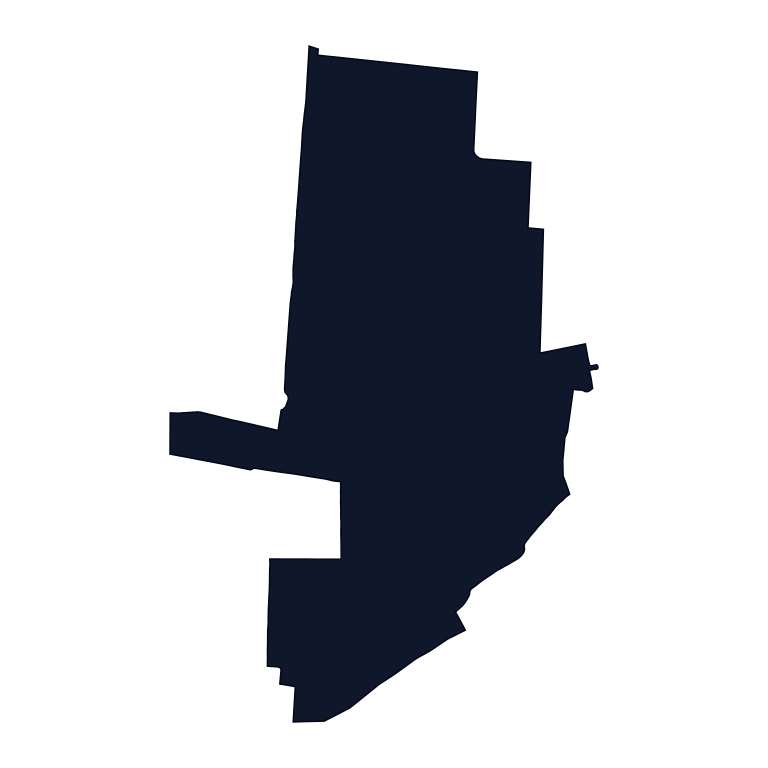 Orlea, Romania (Mercator projection)
{"feature_id": "2599482B39990554415713", "entity_name": "Orlea", "entity_type": "district", "adm_level": 2, "iso_a3": "ROU", "parent_name": "Romania", "parent_adm1": "", "projection": "mercator", "projection_center": [24.363, 43.754], "detail": "fine", "context": "isolated", "style": "filled", "palette": "ink", "viewbox_px": 768, "rotation_deg": 0, "n_neighbors": 0, "source": "geoboundaries", "source_scale": "gbopen_adm2", "svg_char_len": 4146}
<svg xmlns="http://www.w3.org/2000/svg" viewBox="0 0 768 768"><path d="M477.4,72.1L472.5,71.6L437.0,67.9L427.9,66.9L419.5,66.0L409.4,64.9L317.8,55.2L317.9,53.3L318.3,49.1L311.1,46.8L309.1,46.1L309.1,46.9L309.0,48.8L307.9,67.7L307.1,80.6L306.1,98.2L305.7,103.9L305.5,104.9L305.3,106.9L304.8,110.6L304.2,115.6L303.9,118.7L303.7,121.3L303.2,124.5L302.6,130.3L302.3,135.1L302.0,140.2L301.9,142.3L301.7,144.6L301.7,146.4L301.7,147.1L301.5,148.6L301.4,151.0L301.1,153.9L301.0,155.8L300.8,157.0L300.8,158.5L300.7,159.5L300.5,162.1L300.2,166.2L300.1,167.6L299.8,172.6L299.5,176.3L299.3,178.5L299.2,181.1L298.9,185.0L298.6,189.5L298.4,191.4L298.2,194.4L298.1,196.1L297.8,199.3L297.6,202.8L297.3,206.0L297.0,208.9L296.8,210.8L296.8,213.1L296.7,215.3L296.5,216.8L296.4,219.0L296.1,221.4L295.9,224.5L295.8,227.1L295.6,229.6L295.5,232.0L295.3,235.4L295.2,237.0L295.2,238.5L295.1,239.2L295.0,240.1L294.8,241.5L294.9,242.0L295.0,242.7L295.0,243.9L294.9,246.1L294.9,247.7L294.8,249.1L294.7,250.3L294.5,251.1L294.4,252.4L294.2,254.4L294.1,256.1L294.0,258.2L293.9,259.7L293.7,261.8L293.5,263.7L293.4,264.8L293.3,266.5L293.1,269.3L293.1,271.9L293.1,274.1L293.1,277.0L293.3,279.8L293.3,282.6L293.1,283.9L292.9,285.0L292.7,286.2L292.6,287.5L291.5,292.3L291.5,294.2L290.3,303.0L286.4,356.5L285.6,365.7L285.4,372.8L285.0,382.0L284.8,385.3L284.6,388.2L284.6,390.2L285.2,392.6L287.4,394.8L288.2,397.0L288.3,399.4L286.3,405.0L285.5,407.2L284.1,408.1L283.0,409.5L281.9,409.7L281.3,409.9L280.9,411.7L278.1,430.5L254.7,425.0L241.7,422.0L231.3,419.8L201.1,412.3L198.0,411.9L182.2,412.9L178.8,413.2L170.2,412.9L170.0,454.1L208.8,461.4L214.1,462.4L229.4,465.4L234.7,466.6L239.1,467.5L245.7,468.8L250.5,469.8L254.1,468.1L258.7,468.8L266.6,470.1L277.3,471.7L290.8,473.5L298.3,474.6L310.2,476.6L326.0,479.1L333.2,480.9L338.1,481.4L340.6,481.6L340.7,486.9L340.6,491.9L340.7,494.3L340.7,499.0L340.6,503.6L340.8,508.7L340.8,513.1L340.8,517.0L341.0,522.0L341.0,526.4L340.9,530.3L340.9,534.8L341.0,537.9L341.1,542.3L341.1,547.6L341.1,551.3L341.2,553.3L341.1,554.7L341.2,557.9L340.7,559.2L317.7,559.2L307.7,559.1L286.7,559.1L272.7,559.0L269.8,559.0L270.0,564.1L269.7,569.6L269.6,573.7L269.6,579.3L269.3,591.2L269.0,595.4L268.9,599.3L268.6,604.8L268.4,609.2L268.3,613.1L268.2,618.7L268.2,623.0L268.0,627.0L267.7,629.5L267.7,633.5L267.6,639.0L267.6,644.9L267.4,651.1L267.5,656.5L267.4,666.2L276.9,666.8L278.7,667.2L280.0,667.8L280.9,669.0L281.0,670.7L279.8,684.0L295.3,686.6L293.2,721.9L296.2,721.9L297.1,721.8L324.3,721.1L350.0,707.8L379.2,684.3L395.4,673.7L415.0,659.4L416.5,658.4L417.3,658.1L417.6,657.8L428.6,651.7L430.0,650.9L430.8,650.4L432.0,649.6L447.4,639.2L465.3,630.1L455.5,611.9L462.7,605.5L466.3,600.7L468.1,597.5L469.0,595.6L469.5,594.7L469.7,592.4L470.1,590.5L470.9,589.3L472.7,587.9L475.4,585.9L478.1,583.8L481.0,581.5L483.0,580.0L485.7,578.2L487.9,576.7L490.1,575.3L492.6,573.6L494.8,572.0L496.9,570.5L498.2,569.8L499.8,569.0L502.5,567.5L504.7,566.2L507.5,564.8L510.6,563.0L513.3,561.3L515.9,559.9L518.8,557.9L520.6,556.4L522.1,554.6L523.3,553.1L524.0,551.6L524.5,549.8L524.4,548.3L524.2,545.7L524.3,544.8L525.2,542.8L526.6,540.8L528.4,538.6L530.1,536.4L530.8,535.3L531.5,534.7L532.0,534.1L534.7,531.0L536.7,528.6L538.8,526.0L540.7,524.0L542.8,521.7L544.9,519.2L548.2,516.0L550.1,513.8L551.9,511.4L554.1,508.7L555.4,506.9L557.3,504.9L559.3,503.0L563.0,499.9L563.6,499.3L564.5,498.3L565.4,497.4L569.7,494.2L568.2,489.8L563.1,475.7L562.8,460.5L563.9,449.0L564.9,437.5L567.4,431.9L571.2,404.8L573.3,389.3L577.3,389.9L579.6,390.0L582.1,390.2L583.8,390.9L585.4,391.6L586.9,391.7L588.5,391.4L590.2,390.3L592.6,388.4L591.1,378.3L589.9,372.8L589.5,371.1L589.8,370.5L590.3,370.3L591.0,370.0L592.0,369.8L594.0,369.2L594.6,369.4L595.4,369.4L596.7,369.1L597.4,368.8L597.8,368.3L598.0,367.3L597.7,366.2L597.3,365.2L596.7,364.8L595.9,364.8L593.0,365.5L591.2,365.8L590.2,365.6L589.6,365.0L588.3,360.1L585.4,343.9L539.9,353.1L541.5,301.5L543.4,229.3L528.0,227.9L530.7,164.8L530.8,162.4L491.4,159.6L483.4,159.1L481.2,158.7L478.8,157.8L477.2,156.5L475.8,155.4L475.0,154.1L474.1,152.6L473.8,151.5L473.7,149.9L476.1,98.6L477.4,72.1Z" fill="#0f172a" stroke="#020617" stroke-width="1.5"/></svg>